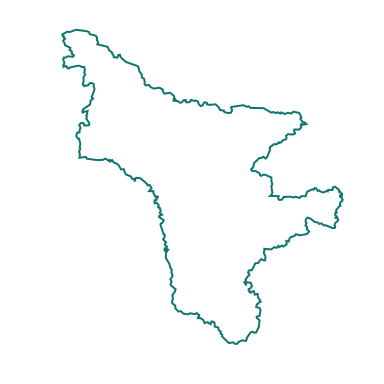 map outline of Amur (orthographic projection), rotated 8°
{"feature_id": "RUS-2609", "entity_name": "Amur", "entity_type": "Region", "adm_level": 1, "iso_a3": "RUS", "parent_name": "Russia", "parent_adm1": "", "projection": "orthographic", "projection_center": [128.173, 52.947], "detail": "fine", "context": "isolated", "style": "outline", "palette": "teal", "viewbox_px": 384, "rotation_deg": 8, "n_neighbors": 0, "source": "natural_earth", "source_scale": "10m", "svg_char_len": 5964}
<svg xmlns="http://www.w3.org/2000/svg" viewBox="0 0 384 384"><g transform="rotate(8 192 192)"><path d="M105.8,173.0L101.7,171.0L99.0,172.7L92.9,173.6L83.5,173.7L81.9,172.0L75.7,173.8L75.8,170.7L74.6,167.6L75.4,164.5L74.5,163.5L74.8,160.1L72.8,155.0L71.5,154.9L69.7,153.0L69.7,150.6L70.3,149.0L72.3,148.7L72.1,145.9L72.7,144.1L71.0,141.2L72.4,139.3L74.5,138.7L75.5,139.4L76.0,141.2L80.4,140.3L80.9,139.6L80.8,138.2L77.1,134.1L77.5,132.6L76.6,131.1L77.5,129.5L77.0,127.8L77.3,126.3L73.9,127.6L73.0,128.6L72.2,127.9L72.8,125.0L78.8,119.7L79.0,115.3L81.0,113.3L79.4,112.2L80.9,105.4L81.0,103.0L80.2,101.9L79.6,98.7L77.3,98.0L75.6,98.5L74.4,100.6L72.6,101.5L71.0,101.4L70.5,102.1L69.1,101.0L68.7,99.7L69.3,97.9L68.6,93.2L69.9,90.6L68.6,88.7L68.9,85.8L67.8,83.2L65.3,83.6L63.6,82.7L61.6,82.8L53.9,85.6L53.0,86.7L51.5,86.8L50.7,85.3L49.4,84.7L47.5,86.0L46.8,84.5L47.6,82.9L47.5,81.3L46.0,78.8L46.3,76.7L47.9,76.6L49.9,75.0L55.6,74.5L56.0,73.0L53.5,71.6L53.7,70.0L51.1,68.3L51.6,67.8L51.5,66.2L45.8,64.3L45.3,62.6L43.4,60.4L43.9,59.0L44.8,58.5L44.9,57.5L43.4,56.9L43.3,55.6L42.1,55.4L41.7,53.9L46.3,50.6L48.8,50.6L54.4,47.5L65.4,47.4L67.8,48.0L68.8,49.9L74.9,50.6L76.6,52.4L76.7,55.0L78.0,56.4L78.2,57.6L77.7,58.9L88.3,60.0L90.3,63.3L93.7,65.2L93.8,66.3L95.4,67.7L95.7,69.3L99.4,69.3L100.0,66.6L101.6,66.1L102.1,67.6L104.3,69.8L108.8,72.5L120.7,74.9L121.9,76.3L123.2,80.1L125.8,82.5L126.5,85.7L128.7,86.5L129.8,89.2L130.0,91.7L131.1,92.9L134.4,92.0L136.3,93.8L139.7,94.9L145.4,93.3L148.9,94.7L149.1,96.4L151.0,98.5L156.5,96.7L161.0,99.6L161.2,101.0L162.3,102.3L161.0,102.3L160.9,104.1L165.2,104.0L167.9,105.3L169.5,104.6L170.4,102.7L171.7,102.0L173.1,101.9L173.0,103.3L173.9,104.0L177.0,103.4L177.9,102.4L177.7,101.6L178.2,100.9L181.8,101.5L183.0,100.9L185.4,101.7L186.3,103.9L188.6,105.7L190.5,104.8L191.3,102.2L192.5,101.2L194.4,101.7L194.6,103.1L197.1,103.3L203.2,101.9L206.9,104.7L208.5,107.0L212.2,106.9L212.3,107.8L213.8,108.6L217.6,108.7L219.4,108.1L220.1,106.5L220.2,104.9L219.0,103.1L219.1,102.3L230.8,98.9L234.5,100.0L236.2,99.2L238.2,100.6L251.3,99.0L259.5,102.4L261.1,101.5L264.0,102.2L265.9,101.1L268.6,102.1L269.4,100.7L273.1,101.9L275.9,100.2L279.3,100.5L281.4,98.3L287.1,98.8L290.0,102.8L289.1,104.1L289.4,104.9L292.2,107.6L294.2,107.5L295.9,108.8L292.4,110.0L290.8,109.4L290.4,110.6L291.1,112.8L289.7,115.2L284.7,115.9L284.5,117.3L285.9,119.5L285.6,120.2L283.1,121.2L279.2,121.3L277.3,123.2L278.1,125.6L277.8,126.6L274.2,128.7L273.8,130.1L271.8,131.3L270.9,130.7L269.3,132.9L266.4,133.3L262.8,137.0L263.4,139.5L261.5,147.1L260.2,148.6L257.8,147.1L255.8,148.8L254.1,148.9L249.5,154.6L249.1,159.3L247.5,160.9L247.6,161.9L248.6,162.8L252.4,162.5L256.3,164.1L257.0,165.8L258.4,166.4L259.7,165.1L261.9,164.7L268.6,166.6L269.3,170.9L270.5,172.8L269.8,175.2L271.6,181.6L271.3,183.6L270.0,185.0L278.4,184.1L278.2,186.5L279.4,187.7L282.0,187.2L283.5,184.2L289.4,183.0L293.7,183.3L294.8,182.3L299.5,182.9L300.8,180.9L305.1,180.4L306.0,175.7L310.9,172.5L312.3,172.8L313.1,171.0L314.5,171.1L316.4,173.5L317.8,172.7L318.5,173.5L322.3,174.2L325.1,172.3L326.4,172.5L326.5,170.9L330.7,170.5L331.1,169.8L330.7,168.0L332.9,166.8L337.2,169.4L337.6,171.4L338.9,171.2L339.2,172.1L340.9,172.8L341.0,174.6L339.3,174.5L339.1,176.0L340.9,176.7L342.3,178.7L341.9,180.1L340.5,181.3L340.2,183.4L341.0,185.0L339.7,185.7L337.2,190.1L338.1,192.4L336.9,192.7L337.0,194.9L338.8,196.1L337.8,197.5L339.9,197.8L340.7,199.7L338.0,203.2L337.8,205.3L338.7,206.2L338.3,207.8L336.4,208.2L329.0,206.3L327.2,206.7L324.7,205.1L322.1,205.9L321.1,204.8L317.4,204.5L313.6,202.1L310.1,201.2L308.5,203.2L308.6,205.5L309.7,206.8L309.0,209.3L310.8,210.7L310.9,212.8L313.5,214.9L311.6,217.7L304.7,219.9L300.9,219.3L299.9,221.0L295.8,223.2L295.1,224.4L294.7,227.5L292.3,227.3L293.0,230.7L290.0,233.3L288.6,232.6L286.1,234.4L285.1,233.3L283.5,235.6L281.2,235.1L278.4,237.8L271.6,238.2L272.1,239.1L271.4,241.2L271.9,243.0L273.6,245.3L274.0,249.4L272.9,249.9L270.3,248.8L269.1,249.7L267.4,253.2L264.7,253.6L262.1,261.2L259.7,261.5L259.0,262.5L258.7,264.0L259.7,264.5L260.4,266.5L259.3,267.2L257.3,271.1L257.6,272.5L256.4,274.2L258.3,276.2L258.9,273.8L262.7,273.7L264.5,277.0L263.4,279.1L261.6,280.3L261.6,281.2L262.9,282.2L262.8,283.1L264.2,283.5L265.2,282.2L267.1,281.6L268.4,284.9L271.1,283.7L272.0,287.2L274.6,289.8L275.2,291.2L274.0,291.5L272.9,293.6L271.8,294.2L271.6,297.0L275.2,297.5L276.2,299.2L276.2,305.1L273.4,306.5L273.9,307.9L276.8,309.6L277.0,316.1L275.0,322.3L273.0,322.7L271.6,321.9L269.7,322.7L266.5,328.9L266.7,330.2L266.0,332.1L262.5,331.8L259.0,334.0L258.0,335.8L256.1,336.6L253.7,335.2L249.5,336.4L242.0,331.0L241.8,329.1L240.0,328.2L239.9,326.2L237.7,325.2L236.9,322.6L233.3,322.1L232.7,318.8L231.6,317.6L229.3,317.5L229.2,319.4L228.5,320.4L225.7,318.7L222.8,320.1L220.8,317.0L218.1,315.8L215.4,316.1L215.3,315.0L216.3,314.0L216.3,312.8L213.4,311.2L212.4,312.5L206.9,312.4L205.5,313.6L200.4,313.7L197.6,311.6L195.1,312.2L191.7,309.5L191.2,306.8L188.0,305.0L187.4,303.9L188.0,300.5L186.9,296.9L188.8,293.3L189.3,290.6L184.1,287.4L183.6,286.4L184.2,283.4L182.7,281.6L184.5,277.8L182.8,274.4L182.8,271.8L181.4,270.5L179.7,266.5L175.2,260.8L174.7,255.8L176.4,252.4L175.0,251.8L174.0,254.3L173.0,253.8L172.8,251.8L174.6,250.5L174.9,249.5L172.6,248.5L172.4,247.1L173.3,245.4L170.0,243.0L171.1,241.0L170.8,239.2L171.2,238.5L169.5,237.3L165.4,228.9L165.5,227.6L166.9,226.8L167.9,223.8L162.8,221.3L162.8,220.3L165.5,218.7L162.9,217.2L163.7,215.2L162.2,212.1L160.6,212.0L160.9,209.7L158.3,207.5L156.7,208.3L156.1,206.8L156.2,205.4L158.1,204.5L157.4,202.9L158.9,202.0L158.6,201.2L156.2,201.5L154.0,198.5L153.5,196.5L149.5,197.1L151.4,193.9L149.2,191.0L147.0,191.6L146.2,190.1L139.1,185.6L134.8,185.8L133.9,186.6L134.2,188.5L133.6,188.8L132.3,187.1L130.6,187.2L129.3,185.1L124.3,183.9L123.0,182.5L121.3,178.9L118.6,179.5L115.7,175.8L113.8,174.5L110.3,173.6L108.6,171.6L107.0,173.2L106.6,173.0L107.2,172.3L107.0,171.8L106.1,171.6L105.8,173.0Z" fill="none" stroke="#0f766e" stroke-width="2"/></g></svg>